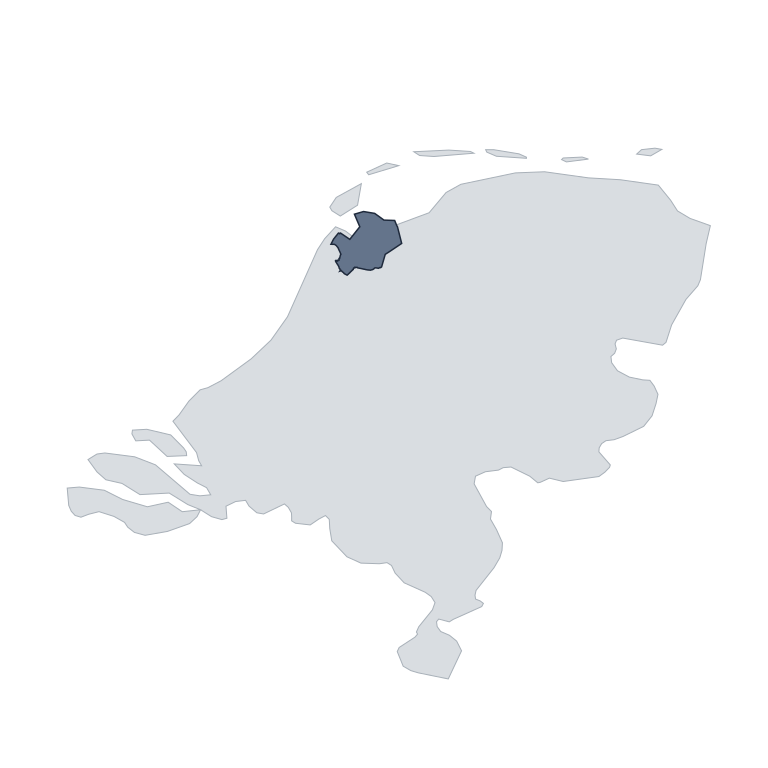 location of Hollands Kroon, Noord-Holland, Netherlands, rotated 10°
{"feature_id": "6326949B67120856251926", "entity_name": "Hollands Kroon", "entity_type": "district", "adm_level": 2, "iso_a3": "NLD", "parent_name": "Netherlands", "parent_adm1": "Noord-Holland", "projection": "robinson", "projection_center": [4.878, 52.876], "detail": "fine", "context": "in_parent", "style": "filled", "palette": "slate", "viewbox_px": 768, "rotation_deg": 10, "n_neighbors": 0, "source": "geoboundaries", "source_scale": "gbopen_adm2", "svg_char_len": 6453}
<svg xmlns="http://www.w3.org/2000/svg" viewBox="0 0 768 768"><g transform="rotate(10 384 384)"><path d="M498.5,663.3L482.7,662.9L468.0,662.5L460.2,661.6L451.9,658.6L448.1,652.5L443.5,645.2L444.7,640.8L458.4,628.0L460.5,624.5L459.0,622.6L460.4,617.0L470.9,598.0L472.2,590.4L467.4,585.1L460.6,581.9L438.4,576.3L427.8,568.3L422.9,561.4L418.0,559.4L410.7,561.8L392.4,564.4L377.5,560.6L359.8,547.5L355.7,535.8L353.6,526.8L349.2,523.7L343.3,528.3L335.8,535.6L321.0,536.5L316.8,534.8L316.1,530.7L315.2,526.9L311.2,522.1L306.8,519.4L288.0,532.9L281.1,532.9L272.3,527.7L267.9,522.6L258.3,525.5L249.6,531.8L252.6,543.5L247.9,545.7L237.2,544.6L225.2,539.7L211.7,536.8L191.4,528.7L162.9,535.3L143.2,527.4L126.7,526.6L116.6,520.4L105.6,509.8L113.5,502.8L121.1,500.4L151.1,499.0L173.0,503.3L212.1,526.3L222.1,526.1L232.6,523.2L227.3,516.9L217.5,513.9L202.9,507.7L191.3,499.1L218.6,496.2L214.9,491.8L211.3,484.1L182.6,457.3L187.5,450.1L194.9,434.6L203.9,421.7L211.2,418.2L223.0,409.1L248.8,382.3L265.1,360.4L277.3,334.5L295.2,263.2L300.4,251.1L309.0,237.6L319.7,240.1L327.1,244.0L353.5,233.9L398.7,207.5L411.9,184.6L425.0,174.0L476.7,153.3L505.3,147.1L549.5,145.5L581.3,141.8L619.6,140.5L634.4,153.3L643.0,162.6L656.7,167.8L677.9,171.4L676.9,189.8L677.5,226.3L676.0,232.8L666.7,248.2L657.0,275.8L654.5,294.0L651.6,297.4L611.1,297.3L605.4,300.5L604.6,304.4L606.7,309.1L605.8,313.7L602.7,317.5L604.5,323.5L611.6,330.4L624.4,334.6L638.1,335.0L645.2,334.2L650.4,339.1L655.6,346.6L655.3,356.1L653.5,368.8L647.1,380.6L628.6,394.1L620.3,398.9L612.4,401.3L608.7,404.9L607.0,409.5L607.4,413.5L620.9,424.4L620.6,426.9L616.8,432.5L611.7,437.8L577.4,448.9L563.2,448.0L555.1,453.6L552.6,454.6L543.6,449.5L523.5,443.7L515.9,445.7L511.7,448.9L499.1,452.8L490.1,458.9L490.1,466.7L506.3,486.9L512.0,490.9L512.3,498.5L520.1,507.9L528.2,519.8L529.1,527.4L528.2,535.1L524.2,545.9L510.5,571.3L510.3,576.2L511.5,579.9L516.3,580.9L520.0,582.8L518.9,586.2L493.0,603.8L489.6,606.9L478.7,606.0L477.0,609.0L478.5,613.7L482.8,617.9L492.1,620.1L500.2,624.6L506.7,633.3L498.5,663.3ZM225.2,539.7L222.9,547.1L216.8,555.2L196.3,566.8L175.0,574.5L164.0,573.5L156.5,569.5L152.5,565.3L141.1,561.3L125.5,559.2L115.7,563.6L108.7,567.8L102.6,567.1L98.1,563.6L94.6,558.3L90.1,541.5L101.8,538.4L127.0,537.2L146.6,543.1L172.3,546.0L192.0,537.9L207.5,544.8L225.2,539.7ZM182.8,471.2L197.8,481.8L201.0,485.1L202.1,488.8L183.0,493.0L162.8,480.0L149.4,483.1L144.4,476.9L144.3,473.1L158.3,469.8L182.8,471.2ZM326.9,212.5L311.8,226.2L302.6,222.4L299.9,219.2L304.6,208.5L326.9,190.6L326.9,212.5ZM393.6,151.3L379.4,152.8L373.0,150.1L407.1,142.4L428.7,140.0L432.5,141.1L393.6,151.3ZM485.1,137.0L455.2,140.2L445.0,137.8L443.4,135.6L451.5,134.2L477.0,133.9L484.9,135.9L485.1,137.0ZM360.6,166.4L332.6,180.6L330.2,178.4L348.3,165.9L360.6,166.4ZM607.0,113.0L592.9,113.7L596.9,108.5L609.9,104.7L616.9,104.7L607.0,113.0ZM546.3,127.0L525.1,133.6L519.9,132.2L521.2,130.3L539.8,126.1L546.3,127.0Z" fill="#d9dde1" stroke="#a8b0b8" stroke-width="1"/><path d="M366.1,221.1L355.5,222.6L345.2,217.6L333.9,217.7L325.4,221.9L329.1,227.6L332.9,233.4L332.4,234.2L330.0,238.6L325.2,247.5L315.0,242.9L314.4,243.6L314.0,243.4L313.9,243.5L313.8,243.4L313.6,243.4L313.4,243.3L313.2,243.2L312.9,243.3L312.6,243.8L312.2,244.5L312.0,244.9L311.9,245.2L311.7,245.5L311.5,245.8L311.3,246.2L310.4,247.8L309.9,248.8L309.2,250.0L309.0,250.6L308.9,251.0L308.7,251.6L308.6,251.8L308.5,252.3L308.4,252.6L308.1,253.6L307.9,254.1L307.8,254.4L307.8,254.6L307.5,255.6L310.1,255.2L311.1,255.1L312.9,255.9L313.7,256.6L313.8,256.7L314.0,256.9L314.3,257.1L315.2,257.9L315.2,258.0L315.3,258.1L315.4,258.3L315.7,258.8L315.8,258.9L316.7,260.3L317.4,261.2L317.8,261.8L318.2,262.4L318.3,262.6L318.5,262.9L318.8,263.3L319.0,263.6L318.9,263.7L318.9,264.1L318.8,264.3L318.8,264.5L318.7,264.6L318.7,264.8L318.7,265.0L318.6,265.3L318.6,265.8L318.6,266.1L318.6,266.3L318.6,266.6L318.5,267.0L318.5,267.3L318.5,267.6L318.5,267.8L318.5,268.1L318.4,268.2L318.2,268.3L317.9,268.3L317.9,268.5L318.0,268.8L318.0,269.0L318.1,269.3L318.1,269.5L318.2,269.8L317.9,269.9L317.6,270.0L317.4,270.0L317.2,270.0L316.9,270.1L316.8,270.3L316.8,270.5L316.9,271.0L316.6,271.0L316.5,270.9L316.4,270.9L316.2,270.9L315.8,270.7L315.7,270.6L315.4,270.7L315.2,270.7L315.2,270.8L314.9,270.9L314.8,271.0L314.9,271.3L315.0,271.5L315.2,271.8L315.3,272.0L315.6,272.3L315.8,272.5L316.0,272.7L316.9,273.7L316.9,273.8L317.2,274.0L318.0,274.9L318.1,275.0L318.3,275.3L318.5,275.5L318.8,275.8L319.0,276.2L319.1,276.3L319.4,276.8L319.5,277.0L319.6,277.3L319.7,277.6L319.8,277.8L320.2,278.0L320.3,278.1L320.5,278.2L320.5,278.3L320.6,278.5L320.7,278.8L320.8,278.9L320.9,279.0L321.0,279.1L321.1,279.3L321.2,279.5L321.3,279.5L321.2,279.7L321.2,279.8L321.1,280.0L321.1,280.3L321.0,280.5L321.4,280.3L321.6,280.2L321.8,280.1L322.0,280.0L322.6,280.0L322.8,280.2L322.9,280.3L323.0,280.4L323.1,280.5L323.5,280.7L323.7,280.8L323.8,280.9L324.3,281.1L324.5,281.2L324.7,281.3L325.0,281.5L325.2,281.8L325.4,281.9L325.5,282.1L325.9,282.3L326.3,282.4L326.5,282.5L326.8,282.6L327.3,282.7L327.5,282.8L328.0,283.0L328.4,283.1L328.5,283.1L328.8,283.2L329.0,283.0L329.4,282.4L329.7,282.1L329.8,282.0L329.8,281.9L329.9,281.7L330.1,281.5L330.2,281.4L330.4,281.2L330.5,280.9L330.8,280.7L331.2,280.0L331.3,279.9L331.6,279.4L332.1,278.8L332.3,278.5L332.4,278.4L332.7,277.9L332.8,277.8L332.8,277.7L333.0,277.5L333.0,277.4L333.2,277.1L333.3,277.1L333.4,276.9L333.5,276.8L333.6,276.6L333.7,276.4L333.8,276.4L333.8,276.1L333.9,275.7L333.9,275.3L333.9,275.2L334.0,275.1L334.2,274.9L334.7,274.8L334.9,274.8L335.0,274.7L335.6,274.4L335.8,274.2L335.7,274.1L335.8,274.1L336.0,274.0L336.3,274.0L336.6,273.9L336.8,273.9L337.3,273.8L337.4,274.0L337.5,274.1L337.8,274.2L342.2,274.3L343.8,274.4L344.3,274.4L344.6,274.4L345.2,274.4L346.2,274.5L347.5,274.5L347.8,274.5L348.2,274.5L348.9,274.4L349.3,274.4L349.5,274.4L350.0,274.3L350.3,274.3L350.6,274.3L351.1,274.2L351.3,274.1L351.6,273.9L351.8,273.8L352.3,273.6L352.7,273.4L352.8,273.4L353.0,273.3L353.1,273.2L353.6,272.7L353.8,272.6L354.0,272.4L354.1,272.2L354.3,271.8L354.5,271.5L354.7,271.4L354.9,271.3L355.2,271.2L355.4,271.1L355.8,271.0L356.3,271.0L356.7,271.0L357.0,271.0L357.6,271.0L357.9,271.0L358.3,271.0L358.5,271.0L358.6,270.9L358.9,270.7L359.0,270.6L359.3,270.4L359.4,270.2L359.5,270.2L359.9,270.0L360.0,270.1L360.4,270.0L360.5,270.0L361.3,269.1L362.7,256.1L366.4,252.7L377.0,242.5L372.7,232.9L369.9,226.7L369.2,226.0L366.1,221.1Z" fill="#64748b" stroke="#1e293b" stroke-width="1.5"/></g></svg>